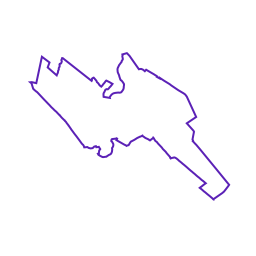 outline of Gradinari, Giurgiu, Romania, rotated 253°
{"feature_id": "2599482B26302883103765", "entity_name": "Gradinari", "entity_type": "district", "adm_level": 2, "iso_a3": "ROU", "parent_name": "Romania", "parent_adm1": "Giurgiu", "projection": "albers", "projection_center": [25.804, 44.394], "detail": "fine", "context": "isolated", "style": "outline", "palette": "violet", "viewbox_px": 256, "rotation_deg": 253, "n_neighbors": 0, "source": "geoboundaries", "source_scale": "gbopen_adm2", "svg_char_len": 5744}
<svg xmlns="http://www.w3.org/2000/svg" viewBox="0 0 256 256"><g transform="rotate(253 128 128)"><path d="M44.1,208.1L48.2,206.4L62.2,200.7L86.5,190.7L92.1,188.3L93.2,187.7L96.3,186.2L96.4,186.5L97.3,186.5L98.1,186.3L98.9,186.7L100.4,187.5L104.0,189.4L104.6,189.7L105.0,190.0L105.8,189.9L106.3,189.8L115.3,185.6L118.6,196.4L140.8,193.4L143.3,192.5L144.9,191.3L149.4,187.2L151.0,185.9L156.1,181.8L157.7,180.7L162.7,176.3L166.6,173.1L166.0,172.9L166.9,172.0L168.5,170.5L168.9,170.9L169.6,170.4L170.8,169.3L171.4,168.8L171.9,168.4L173.5,166.9L178.4,162.4L177.9,161.5L177.4,160.7L178.2,160.2L179.6,159.2L180.0,158.7L180.2,158.4L180.5,158.1L180.7,157.6L180.8,157.2L180.9,156.7L180.9,156.4L181.0,155.9L181.0,155.6L194.5,151.2L196.4,150.6L198.0,149.8L199.2,149.2L199.9,148.8L200.0,144.3L200.0,144.2L199.5,144.3L199.2,144.2L198.6,143.7L198.0,143.5L196.8,143.4L196.1,143.3L195.4,143.2L194.6,142.5L193.8,141.5L193.1,141.2L192.2,139.9L191.0,138.3L190.7,137.8L190.2,137.4L189.7,137.0L189.1,136.4L188.2,135.6L187.2,135.1L185.9,134.8L185.0,134.6L184.1,134.5L180.9,134.9L180.3,134.8L178.4,134.8L177.5,134.9L176.9,134.8L176.4,134.9L175.8,135.1L175.4,135.6L174.5,136.0L173.4,136.4L172.6,136.7L171.6,136.8L171.3,137.0L171.0,137.0L169.9,136.6L168.5,135.9L168.2,135.8L167.7,135.7L166.3,134.8L165.7,134.1L165.1,133.3L164.7,132.8L164.3,132.2L164.1,131.6L164.2,130.4L164.4,129.8L164.7,129.2L164.9,128.2L165.1,127.2L165.3,126.0L165.4,124.3L165.2,123.3L164.7,122.0L164.2,121.3L163.8,120.7L163.4,120.2L163.0,119.7L162.6,119.4L162.1,119.4L164.9,113.8L165.4,113.9L166.2,114.1L167.4,114.4L167.9,114.6L168.2,114.8L168.5,115.0L169.0,115.5L169.4,116.0L169.7,116.2L170.1,116.6L170.8,117.2L171.2,117.6L171.3,118.0L171.3,118.4L171.3,118.6L171.4,118.8L171.4,119.0L171.0,119.7L171.0,119.8L170.9,120.0L171.4,121.1L172.2,122.2L173.0,123.7L173.6,124.5L173.8,124.9L174.1,125.2L174.4,125.7L174.7,126.1L176.5,124.4L177.4,123.6L177.8,123.1L178.0,122.9L178.6,122.3L179.4,121.4L179.6,121.3L179.7,121.1L179.4,120.4L178.3,119.0L176.9,116.8L176.3,116.1L176.1,115.9L175.5,114.7L175.4,114.6L175.5,114.5L175.6,114.3L176.1,114.1L176.3,113.9L176.6,113.7L176.8,113.5L177.3,113.4L177.7,113.1L177.9,113.1L178.6,112.9L179.5,112.6L180.2,112.2L181.0,111.7L182.4,111.6L185.2,110.4L186.2,109.9L186.2,109.5L186.0,108.8L185.9,108.4L185.6,107.9L185.4,107.8L184.9,107.6L184.5,107.6L184.3,107.5L184.1,107.4L183.8,107.1L183.7,107.0L184.8,106.2L213.9,86.0L214.1,85.4L213.3,84.9L212.4,84.1L211.5,84.2L210.9,84.1L209.7,83.2L209.2,82.4L209.3,81.8L209.3,81.5L209.1,81.3L208.7,81.0L208.1,80.9L207.9,80.9L207.3,80.8L206.5,80.4L206.3,80.0L205.5,79.3L205.0,79.1L204.4,79.0L204.0,78.8L203.3,78.0L202.7,77.7L202.3,77.6L201.6,77.2L200.9,76.7L200.0,75.8L199.2,75.2L209.4,68.9L213.6,72.1L221.3,66.5L197.7,53.4L200.0,49.4L200.3,47.9L198.9,48.8L195.3,48.8L193.2,48.8L192.6,49.2L191.9,49.5L190.4,50.5L189.6,51.0L189.2,51.4L188.1,52.0L179.9,56.0L173.8,59.1L173.3,59.4L170.3,60.8L169.1,61.5L167.9,62.2L167.6,62.3L166.0,63.2L164.3,64.3L163.4,64.7L161.6,65.6L161.0,65.9L160.8,66.1L160.5,66.3L160.4,66.2L160.0,66.4L159.5,66.7L157.6,67.5L156.8,67.9L155.0,68.9L154.4,69.2L153.8,69.7L153.5,69.7L153.1,69.8L152.3,70.3L151.8,70.5L151.0,70.7L150.4,70.9L148.4,71.7L147.8,71.8L147.6,72.0L147.1,72.1L146.2,72.4L144.9,72.8L144.3,73.0L143.7,73.2L143.2,73.3L141.3,74.0L138.7,74.9L137.6,75.3L135.3,76.2L133.9,76.7L131.1,77.7L127.9,78.8L126.7,79.2L126.1,79.5L125.5,79.8L124.9,80.2L124.6,80.3L123.5,80.5L122.9,80.5L122.3,80.5L121.9,82.2L121.7,83.5L120.5,84.5L119.4,86.3L119.1,88.3L119.8,89.7L120.1,90.3L120.0,92.0L118.9,92.1L118.6,93.6L118.5,94.6L117.8,94.7L117.0,95.0L116.1,95.3L115.9,95.3L115.7,95.1L115.4,94.5L114.9,93.9L114.3,93.6L113.4,93.2L112.8,92.8L112.1,92.7L112.1,91.7L111.0,91.9L109.4,93.3L107.8,95.0L107.7,95.1L107.6,95.3L107.4,95.8L107.0,98.4L106.9,98.6L106.9,99.0L107.0,99.1L107.1,99.6L107.3,100.0L107.6,101.2L107.8,101.8L107.9,102.7L108.0,103.1L108.0,103.4L108.2,103.9L108.4,104.3L109.1,105.0L109.4,105.2L109.7,105.5L110.0,105.7L112.0,106.6L112.4,106.7L113.2,106.8L113.4,106.9L113.6,107.0L114.2,107.8L114.6,108.2L115.3,108.7L115.8,108.9L116.0,109.0L116.8,109.2L117.5,109.2L118.0,109.0L118.3,109.0L119.2,108.8L119.5,108.7L120.1,108.3L120.3,108.2L120.5,108.2L120.7,108.3L121.2,108.7L121.4,108.7L121.7,108.9L121.8,109.0L122.0,109.2L122.0,110.0L121.8,110.9L121.4,113.5L121.5,114.1L120.9,114.5L119.8,113.4L119.5,113.7L118.8,114.3L116.7,116.3L113.4,119.4L113.0,119.8L112.3,120.6L111.3,121.4L111.5,122.1L111.5,122.6L111.4,123.5L112.3,124.6L112.9,125.2L113.7,126.2L114.1,126.6L114.4,128.3L114.8,130.5L115.6,133.4L115.7,133.7L115.8,134.2L115.9,134.9L115.9,135.3L116.0,135.7L116.2,136.6L116.1,137.3L116.2,137.9L116.5,139.6L115.9,139.7L114.5,140.9L113.9,141.3L113.1,142.0L112.7,142.5L111.8,143.5L111.0,144.4L110.3,144.8L109.8,145.3L109.7,145.4L111.0,148.9L111.4,149.3L110.8,149.6L109.0,150.0L107.4,150.5L106.4,151.4L104.3,152.2L99.5,154.6L97.7,155.2L96.6,155.8L94.2,157.1L92.7,157.6L88.5,159.5L88.2,159.7L87.7,159.8L87.3,159.6L86.4,159.9L86.5,160.8L86.5,161.1L86.5,161.4L86.4,162.5L86.3,162.9L86.4,163.2L86.4,163.4L86.1,164.1L85.3,164.9L84.8,165.4L83.4,166.3L82.8,166.7L81.8,167.2L80.7,168.0L80.2,168.3L79.2,169.0L78.7,169.3L78.3,169.5L76.1,171.0L73.6,172.6L71.1,174.1L69.2,175.3L68.4,175.8L68.0,176.1L67.1,176.7L66.7,176.9L64.9,178.1L64.3,178.5L62.6,179.5L60.9,180.6L60.1,181.2L59.5,181.6L56.7,183.3L55.4,184.3L54.0,185.2L53.0,185.8L52.4,186.2L52.2,185.5L51.1,182.5L50.8,181.9L50.3,180.4L49.8,179.1L47.5,180.7L45.0,182.2L44.5,182.6L43.8,183.1L41.6,184.5L38.8,186.4L35.8,188.3L35.1,188.6L34.9,188.7L34.7,188.9L34.9,189.0L35.0,189.2L35.3,190.1L35.4,190.3L35.6,191.0L35.9,191.9L37.0,195.3L37.7,197.5L38.3,199.4L38.5,199.7L38.8,200.5L39.1,201.2L39.6,201.9L40.7,203.5L43.0,206.7L44.1,208.1Z" fill="none" stroke="#5b21b6" stroke-width="2"/></g></svg>